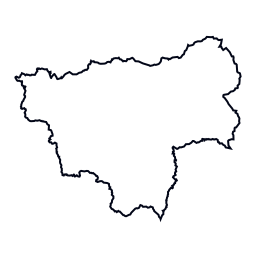 the district of Nam Giang, Quàng Nam, Vietnam
{"feature_id": "81297802B72423367852086", "entity_name": "Nam Giang", "entity_type": "district", "adm_level": 2, "iso_a3": "VNM", "parent_name": "Vietnam", "parent_adm1": "Quàng Nam", "projection": "natural_earth1", "projection_center": [107.554, 15.607], "detail": "fine", "context": "isolated", "style": "outline", "palette": "ink", "viewbox_px": 256, "rotation_deg": 0, "n_neighbors": 0, "source": "geoboundaries", "source_scale": "gbopen_adm2", "svg_char_len": 5730}
<svg xmlns="http://www.w3.org/2000/svg" viewBox="0 0 256 256"><path d="M211.2,37.2L206.8,36.9L205.4,38.6L202.9,39.8L201.8,41.1L200.4,41.4L197.9,41.3L195.2,42.2L194.2,43.0L193.5,44.5L192.3,45.1L189.1,45.8L188.1,45.0L187.7,46.6L186.3,50.0L184.8,51.1L183.9,54.3L182.8,54.8L180.7,57.6L178.9,58.1L177.6,56.9L172.5,57.5L170.0,59.1L168.9,58.8L168.5,59.5L167.4,58.5L165.0,58.3L162.6,57.6L161.4,58.4L160.8,61.5L159.2,63.6L158.2,64.2L155.8,64.9L154.3,64.6L152.9,65.3L150.1,65.9L149.4,65.4L142.9,63.4L138.6,61.4L135.4,61.2L133.2,58.4L132.2,57.8L129.4,59.2L127.3,59.1L126.9,60.4L126.2,61.2L123.4,60.9L123.0,61.3L121.2,59.5L119.9,59.3L118.8,57.7L118.0,58.3L115.7,58.1L113.5,58.5L112.9,59.2L112.0,59.3L112.1,60.2L111.4,60.6L110.5,62.4L109.0,61.8L107.3,62.0L105.9,63.2L104.6,63.6L100.7,63.8L99.1,63.5L98.3,62.8L97.0,62.4L94.3,62.2L94.0,61.4L93.2,61.2L91.6,61.7L91.0,60.9L90.7,61.6L90.7,63.3L90.0,64.3L89.2,64.1L88.1,65.4L88.2,68.1L86.8,69.9L85.2,69.8L84.3,70.6L83.4,70.6L81.5,72.3L79.1,72.8L76.7,74.3L72.7,74.3L69.5,72.0L65.5,74.0L64.3,75.1L63.4,76.5L61.9,78.1L61.3,77.3L60.9,78.1L57.8,79.1L57.1,78.8L56.5,77.2L54.5,74.1L53.7,74.4L51.6,77.0L51.2,77.9L50.9,77.8L49.6,74.0L50.6,73.3L50.5,71.8L48.9,72.3L47.4,70.5L46.9,69.2L44.7,69.4L41.9,68.5L40.2,69.1L39.0,68.4L38.5,69.0L37.4,68.5L36.9,69.2L37.3,71.4L36.4,72.2L34.9,74.9L31.5,74.7L30.9,75.3L29.5,75.3L28.8,74.8L27.6,74.9L26.8,74.4L25.4,75.3L24.5,74.3L21.9,73.2L21.4,74.5L20.5,75.3L20.1,76.8L19.5,77.4L18.7,77.7L16.5,76.6L15.6,77.0L15.4,77.7L17.0,80.4L17.9,80.9L19.3,80.7L20.8,81.5L21.9,81.2L22.1,81.9L21.8,84.3L22.1,85.4L23.0,85.7L23.6,86.7L24.8,86.3L25.4,86.6L24.9,88.0L24.1,88.3L25.5,90.8L24.2,94.7L24.4,95.5L25.1,96.0L25.1,97.1L23.6,99.7L23.3,100.9L22.3,101.7L21.2,105.0L21.3,105.9L20.9,106.8L21.4,107.6L21.2,108.4L22.1,108.9L24.3,108.2L24.8,109.0L25.6,109.2L25.9,110.2L24.6,112.8L25.1,113.5L25.4,114.9L25.1,116.6L25.8,117.5L27.4,118.1L28.2,119.6L29.8,120.9L30.9,121.2L34.2,121.0L35.3,120.4L37.3,120.7L39.6,120.2L40.9,121.0L41.8,120.9L42.2,121.4L43.5,121.3L43.8,121.6L46.2,122.0L47.4,124.3L49.0,125.3L48.7,129.6L50.8,130.1L51.2,130.5L52.5,134.1L52.6,135.7L50.8,136.2L49.9,138.2L49.3,138.5L49.6,139.2L50.2,139.5L48.9,140.6L48.8,141.1L49.6,142.3L51.1,142.3L52.2,143.8L53.6,143.5L54.9,142.6L56.5,143.5L56.5,145.5L57.1,147.5L56.2,148.5L56.6,149.8L56.5,151.3L57.1,152.0L56.6,152.8L58.0,155.1L58.2,156.4L58.6,156.8L59.2,156.8L59.1,157.8L60.2,159.9L60.0,161.9L60.3,163.4L61.4,165.2L61.0,167.2L61.9,168.9L61.7,169.9L61.9,170.7L61.4,171.9L62.4,173.3L62.5,175.1L63.8,175.5L64.5,174.5L66.0,174.3L66.3,174.9L66.9,174.6L67.5,175.4L69.5,175.6L71.7,175.2L72.4,175.9L73.9,174.6L74.3,175.0L74.4,176.2L74.8,176.5L75.7,176.2L76.8,175.3L78.2,176.5L79.5,176.6L80.0,175.6L79.3,172.5L80.0,171.5L81.1,170.9L84.4,171.4L86.9,170.9L88.2,171.1L90.0,172.9L91.4,172.8L92.1,173.3L93.1,173.0L95.7,175.1L96.2,176.0L97.2,176.1L97.9,177.6L97.5,179.4L96.2,180.1L96.1,181.3L97.7,182.0L100.0,181.2L101.5,181.1L102.4,181.4L103.6,182.6L107.1,183.0L108.9,183.8L109.3,186.7L110.2,187.2L109.4,188.8L110.8,189.2L111.6,190.0L112.0,190.9L111.8,192.4L112.3,193.0L111.8,194.8L113.4,196.3L113.4,198.3L112.1,200.2L111.8,202.6L110.6,203.7L110.8,204.9L110.2,206.6L111.7,208.9L112.9,209.3L114.3,210.6L114.7,211.4L115.8,211.1L116.8,212.1L118.3,210.9L119.2,211.6L119.9,211.6L123.2,215.1L123.9,215.1L125.2,216.1L126.2,216.2L129.1,214.8L130.3,214.5L131.3,212.7L135.2,208.7L136.4,208.2L137.6,208.4L139.0,207.8L140.4,205.1L142.1,205.7L143.0,206.8L146.3,206.6L147.9,207.7L149.7,207.3L150.5,206.5L152.8,207.4L153.1,208.9L154.1,210.3L154.2,211.1L158.5,214.8L159.0,216.8L160.4,218.3L160.6,219.1L162.2,215.2L163.3,214.3L163.4,211.7L162.9,210.8L163.9,210.7L164.2,209.9L165.5,208.8L166.0,207.3L166.6,207.0L166.3,206.1L167.0,205.0L166.4,203.5L166.3,201.6L166.6,200.6L166.2,200.2L166.7,199.2L167.1,197.2L167.8,196.2L167.6,195.2L168.1,194.4L168.0,191.9L168.6,191.3L169.3,189.7L171.1,187.7L172.3,188.3L172.8,187.9L172.9,186.8L172.2,185.8L173.9,184.7L174.3,183.4L175.1,183.2L175.1,182.5L175.7,181.2L176.8,180.5L176.3,179.4L175.2,179.5L173.0,177.3L173.4,176.3L175.6,174.9L175.0,173.9L175.0,173.1L175.2,172.2L176.2,171.5L175.6,169.5L176.9,166.5L175.4,165.4L175.8,163.9L175.3,162.9L174.5,162.1L174.6,160.2L175.2,160.0L176.0,160.4L176.1,160.1L175.3,159.2L174.9,156.8L173.9,155.9L173.8,154.5L174.2,154.1L174.2,153.7L173.8,153.3L172.7,153.4L173.0,152.6L172.9,151.8L173.8,151.4L173.8,151.0L173.5,149.7L172.6,148.0L172.7,147.4L173.4,146.7L177.0,148.9L177.6,148.8L179.7,147.2L181.0,147.4L184.1,146.5L185.9,144.2L189.1,144.1L191.3,142.7L192.8,141.0L193.7,141.0L196.5,142.9L197.9,142.3L198.7,142.4L201.1,140.8L202.4,140.8L202.2,139.1L202.5,138.9L203.9,139.2L204.6,140.2L205.1,139.3L206.0,139.6L206.3,139.1L206.9,139.4L207.6,139.1L208.1,139.4L208.8,139.0L209.4,139.4L211.2,139.6L212.5,139.0L213.3,139.4L213.8,139.2L214.7,139.5L216.1,139.0L217.7,139.9L218.0,142.0L218.6,142.5L219.2,142.4L219.7,143.6L221.9,143.3L223.2,144.8L224.8,145.6L225.7,147.4L230.6,148.5L228.5,145.5L228.1,141.0L228.7,140.2L231.7,139.2L233.5,139.4L233.4,135.2L232.6,133.8L233.1,131.7L234.5,131.1L234.6,128.1L235.2,127.5L236.2,127.4L239.5,123.0L239.1,121.3L239.4,118.5L239.0,117.4L238.0,115.9L237.5,113.9L235.5,112.6L236.3,110.8L233.2,110.4L232.2,108.5L228.6,104.1L227.4,101.7L224.7,98.0L223.3,96.9L223.3,96.1L223.4,95.2L223.9,94.8L228.1,94.1L230.8,91.6L233.0,91.2L234.7,90.0L235.3,88.4L237.6,88.1L237.8,87.6L237.6,85.6L239.3,84.0L239.7,79.7L239.3,78.8L240.6,76.5L240.0,73.6L239.8,73.2L238.0,72.5L237.2,71.7L236.7,64.7L236.0,63.9L234.6,63.5L234.3,62.7L233.4,60.0L233.6,57.5L233.3,56.4L231.8,56.4L229.8,52.2L226.1,48.0L223.2,50.0L221.8,48.1L221.2,46.5L219.4,46.7L221.0,44.0L221.8,39.7L218.8,40.1L217.7,39.5L216.7,38.4L213.8,38.6L212.9,36.9L211.2,37.2Z" fill="none" stroke="#020617" stroke-width="2"/></svg>